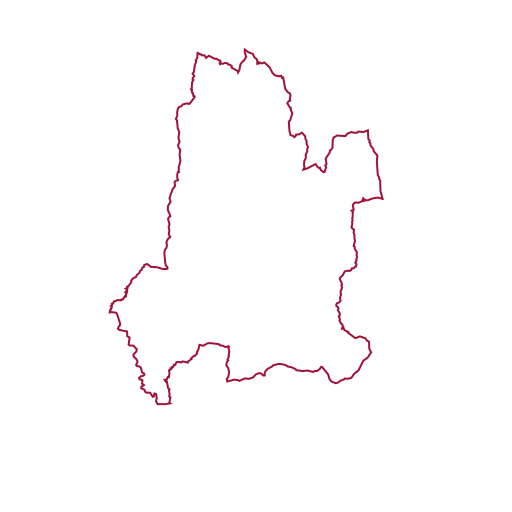 outline of Rulindo, Northern, Rwanda, rotated 28°
{"feature_id": "39286606B38837433870904", "entity_name": "Rulindo", "entity_type": "district", "adm_level": 2, "iso_a3": "RWA", "parent_name": "Rwanda", "parent_adm1": "Northern", "projection": "mercator", "projection_center": [30.0, -1.752], "detail": "fine", "context": "isolated", "style": "outline", "palette": "rose", "viewbox_px": 512, "rotation_deg": 28, "n_neighbors": 0, "source": "geoboundaries", "source_scale": "gbopen_adm2", "svg_char_len": 6130}
<svg xmlns="http://www.w3.org/2000/svg" viewBox="0 0 512 512"><g transform="rotate(28 256 256)"><path d="M245.9,382.1L245.6,380.9L247.4,377.3L246.8,376.8L248.1,373.3L248.8,373.2L249.8,369.6L248.9,368.6L249.1,365.9L247.8,361.0L251.5,360.0L254.1,356.0L256.2,354.5L264.5,351.3L266.2,351.8L268.6,350.8L271.7,350.8L274.2,348.5L274.8,348.7L274.8,350.1L277.3,352.9L278.6,356.8L279.2,357.2L279.5,360.4L280.2,361.0L279.7,361.3L280.4,362.5L280.1,363.6L281.1,366.5L284.4,368.2L286.9,371.4L288.3,375.7L287.9,378.1L289.5,380.3L295.1,375.2L298.4,374.0L299.8,374.2L303.6,369.3L307.2,368.0L310.5,364.5L311.4,360.7L313.8,357.9L315.5,357.4L318.7,358.1L319.8,357.4L318.8,355.7L318.4,353.0L319.3,350.1L322.0,346.2L322.5,344.3L326.8,340.6L330.4,339.1L333.8,338.4L335.8,338.7L339.3,337.6L343.9,337.3L345.2,337.9L351.3,335.6L355.4,332.9L361.0,331.5L361.8,329.9L363.8,329.0L365.3,326.0L365.5,323.5L366.3,322.9L375.3,326.7L378.5,330.0L381.3,331.4L386.1,330.9L388.0,329.1L388.9,326.7L391.5,323.8L391.8,322.6L394.9,321.2L397.4,318.9L398.0,313.9L400.2,308.7L399.9,298.1L402.3,293.3L402.9,287.0L399.5,284.6L396.0,278.6L393.6,278.6L391.3,277.3L385.5,278.2L382.3,281.9L373.2,280.5L373.2,279.8L368.8,279.9L367.2,278.6L366.7,279.2L366.6,278.5L365.9,279.2L365.6,277.2L364.4,275.9L362.7,275.7L360.0,273.8L360.0,272.8L357.4,270.2L357.9,269.6L356.9,267.3L353.7,265.3L353.5,263.6L352.2,262.6L350.6,262.5L349.7,261.4L349.6,259.9L351.1,258.0L351.7,255.8L349.9,253.7L349.1,249.8L348.3,249.4L347.3,247.4L346.9,243.5L345.1,241.8L345.4,241.0L344.2,239.5L340.7,237.0L340.4,235.6L341.6,232.2L341.6,228.0L344.1,225.7L345.5,225.4L346.6,223.9L346.4,222.0L348.2,220.8L348.5,218.7L349.2,218.2L348.6,216.0L346.8,215.3L347.0,213.0L346.2,212.3L345.8,209.6L344.5,208.2L343.3,205.3L340.0,203.4L338.7,201.5L337.5,201.3L336.3,196.2L334.0,193.3L333.4,191.6L331.1,189.4L330.2,186.7L327.9,186.4L326.8,185.7L326.0,182.5L324.8,180.8L324.7,179.4L323.4,177.9L323.0,176.0L321.2,172.8L321.2,171.8L319.1,171.0L320.6,169.4L317.8,166.0L317.5,164.7L318.2,162.3L321.5,160.9L323.9,157.8L325.1,157.1L323.8,156.3L323.6,154.7L326.6,155.4L328.7,154.2L331.1,151.2L335.8,147.4L340.9,146.1L335.4,140.2L330.2,131.0L328.8,130.4L328.1,129.0L325.5,127.3L318.2,115.6L316.0,110.3L311.0,108.3L309.2,106.4L305.0,104.5L304.3,102.9L302.6,102.4L302.3,100.7L300.3,100.0L295.8,92.5L292.7,96.1L288.0,98.0L287.4,99.6L284.9,101.1L282.0,101.8L279.3,105.0L278.6,108.2L271.1,111.5L268.9,115.0L269.4,117.8L272.7,124.4L272.6,126.6L271.7,128.2L272.5,130.0L271.8,137.3L275.1,141.8L274.6,143.6L276.3,144.7L277.1,149.7L276.3,150.3L272.9,149.7L271.1,148.1L270.7,148.6L268.9,148.6L265.4,146.9L260.3,154.4L257.3,157.5L257.1,154.7L255.6,153.1L254.0,149.2L254.1,146.5L252.4,143.2L252.1,139.5L250.8,137.0L250.8,135.4L248.0,133.2L246.4,130.3L244.7,129.4L243.0,127.0L238.5,125.6L236.9,128.5L234.4,130.0L234.7,131.4L234.0,133.1L232.4,132.5L229.7,133.1L226.7,129.7L221.8,121.8L222.5,120.3L221.0,112.7L218.1,110.8L217.1,108.8L216.4,109.1L211.9,106.4L212.1,104.0L213.3,102.8L211.8,100.9L211.3,98.3L209.6,96.5L207.6,96.6L203.4,94.8L196.2,85.6L195.4,86.5L195.2,86.5L193.7,85.0L191.9,86.6L187.7,87.6L184.4,86.5L179.3,82.9L172.4,81.2L171.0,83.1L167.6,83.6L168.2,84.7L166.8,85.7L165.9,83.5L164.1,81.9L160.9,81.1L158.5,79.1L153.4,79.6L149.2,79.0L150.2,81.1L153.8,84.8L153.7,89.0L152.8,90.7L152.3,94.2L154.1,100.0L154.0,102.3L153.2,101.3L145.9,101.1L145.5,99.7L143.2,99.4L141.6,100.0L140.5,99.3L138.0,100.1L136.2,102.0L134.8,102.5L134.3,103.5L133.4,102.8L133.8,101.7L132.8,100.2L131.6,100.8L128.6,100.3L126.9,101.3L120.4,101.3L118.9,104.5L116.3,103.0L113.9,104.3L113.1,103.7L111.8,104.2L109.2,103.9L109.1,104.4L111.2,108.8L110.9,111.4L111.9,112.2L112.3,115.9L114.8,123.1L114.4,124.7L117.0,126.1L116.6,128.7L117.2,129.8L118.1,130.1L118.0,132.6L120.8,138.6L120.4,139.1L121.6,139.5L121.6,140.4L123.3,142.1L124.1,141.9L125.5,144.1L126.5,143.7L127.3,144.6L125.9,152.5L125.0,153.5L123.7,153.4L120.2,156.5L119.7,159.0L118.1,160.5L117.9,162.5L118.8,166.0L120.6,168.9L120.9,172.5L122.6,173.4L127.0,180.1L130.1,182.5L131.9,187.9L134.9,191.1L135.2,195.0L137.2,196.9L139.2,197.7L140.8,202.1L144.7,207.6L146.2,214.4L147.4,216.0L147.7,217.9L148.5,218.1L147.7,219.1L148.2,220.9L149.7,223.9L151.5,225.5L149.6,227.8L149.4,229.0L151.7,232.3L151.0,235.8L151.7,240.9L152.5,245.6L155.1,248.2L154.8,253.1L156.6,256.8L161.7,260.9L160.8,263.2L161.1,264.8L164.7,268.5L165.2,271.4L167.3,273.7L168.9,278.1L171.4,279.4L170.3,281.9L170.3,284.6L170.6,286.3L172.1,287.9L173.1,290.7L172.7,293.4L173.4,296.0L179.2,304.8L180.8,306.7L183.1,307.5L183.8,308.9L180.2,311.2L174.1,312.3L168.5,314.9L164.0,314.2L162.7,314.9L161.5,316.7L162.2,318.3L161.1,319.5L161.5,322.1L160.7,323.2L160.9,325.9L159.6,329.0L160.0,330.6L157.8,333.7L157.4,336.4L158.2,337.9L157.5,342.3L156.6,343.6L157.6,344.4L156.6,345.7L157.7,345.6L157.8,347.0L158.4,347.1L158.1,348.2L158.7,347.7L159.2,349.3L159.3,350.1L158.7,350.1L159.6,351.7L159.3,352.4L160.1,352.9L159.1,353.8L158.7,355.8L159.1,356.6L157.4,357.9L157.6,358.5L154.3,359.9L153.1,362.0L151.9,362.7L152.1,364.4L151.2,365.7L151.9,366.1L151.4,368.0L152.2,367.8L152.9,369.6L152.5,370.1L153.1,371.3L152.5,372.6L153.4,374.5L154.4,373.5L159.2,371.7L160.5,372.4L167.8,379.5L168.4,380.9L167.9,383.2L168.3,385.2L170.4,385.3L177.6,383.2L180.0,387.3L182.7,387.3L185.1,394.0L186.5,394.3L189.8,392.7L194.5,394.3L195.2,396.3L194.1,400.4L194.5,401.3L195.6,402.4L198.3,403.0L200.4,404.3L201.1,405.1L201.3,408.5L202.2,409.0L205.2,408.3L206.8,408.7L210.0,412.2L212.5,412.4L213.2,413.2L213.0,414.2L210.8,416.3L210.0,418.6L211.3,419.6L213.1,418.8L214.1,419.1L215.3,422.2L217.7,422.6L216.1,425.5L216.9,426.7L220.2,426.4L221.8,427.9L223.4,428.1L226.7,426.4L230.9,428.8L231.8,428.0L230.9,425.1L232.5,424.7L235.0,427.8L235.9,431.2L238.7,433.0L245.3,429.5L249.3,426.4L248.3,426.2L246.8,420.9L245.8,421.0L244.9,420.1L244.8,418.8L242.3,415.7L242.3,414.4L240.3,413.8L236.4,408.9L235.8,409.4L234.7,408.0L234.0,408.7L233.4,408.2L235.2,406.9L234.9,404.4L236.0,403.9L234.7,400.3L232.9,397.7L234.0,396.2L233.3,395.4L234.4,394.4L233.8,393.6L235.0,392.6L234.5,390.6L235.8,390.0L235.6,387.1L238.8,385.2L239.8,385.2L240.7,383.5L245.9,382.1Z" fill="none" stroke="#9f1239" stroke-width="2"/></g></svg>